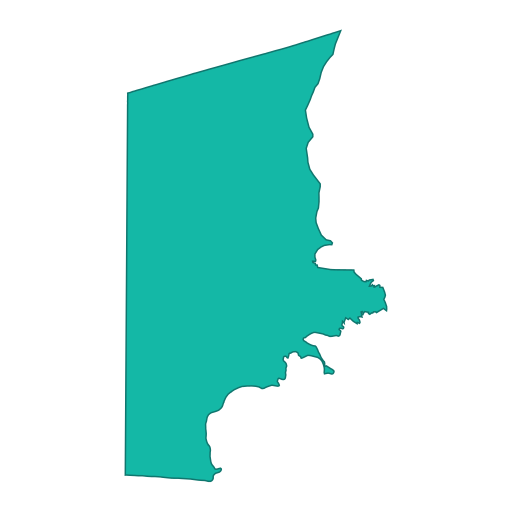 Kungrad, Karakalpakstan, Uzbekistan (Natural Earth projection)
{"feature_id": "79887680B80838990154601", "entity_name": "Kungrad", "entity_type": "district", "adm_level": 2, "iso_a3": "UZB", "parent_name": "Uzbekistan", "parent_adm1": "Karakalpakstan", "projection": "natural_earth1", "projection_center": [57.833, 43.432], "detail": "fine", "context": "isolated", "style": "filled", "palette": "teal", "viewbox_px": 512, "rotation_deg": 0, "n_neighbors": 0, "source": "geoboundaries", "source_scale": "gbopen_adm2", "svg_char_len": 5606}
<svg xmlns="http://www.w3.org/2000/svg" viewBox="0 0 512 512"><path d="M382.8,287.4L379.9,287.3L379.8,285.4L378.9,284.8L376.3,286.1L374.7,287.1L373.9,286.9L374.3,285.6L372.8,285.7L372.4,284.8L371.0,286.1L369.4,286.2L370.5,283.6L371.5,282.0L373.4,280.6L373.0,279.4L370.8,279.8L369.3,280.0L368.3,281.0L366.4,280.4L366.0,281.7L364.0,281.6L361.5,280.3L361.3,278.8L356.0,274.3L354.1,272.1L353.8,270.0L335.6,269.8L330.7,269.6L317.7,267.5L317.1,265.0L315.6,265.0L315.3,263.4L312.9,262.5L312.6,261.2L315.5,261.3L315.8,260.0L314.9,257.2L314.9,254.0L317.7,249.5L321.0,247.0L324.3,245.4L329.4,244.6L331.8,244.7L332.4,242.9L330.5,240.8L326.1,239.8L321.3,235.1L318.3,228.5L316.1,222.6L315.7,218.1L316.9,211.6L318.4,208.0L319.0,201.8L319.0,197.1L318.9,192.9L320.2,186.7L320.2,183.9L313.4,175.0L309.8,169.3L307.9,162.2L307.6,157.9L306.2,148.4L308.2,142.3L312.8,136.8L312.8,134.2L309.0,127.3L306.6,118.0L305.4,110.1L307.6,105.5L310.2,99.6L311.6,95.6L313.2,92.1L314.9,87.4L318.0,83.7L319.7,78.8L321.2,72.4L323.5,66.6L326.6,61.7L329.9,57.5L332.9,54.4L334.1,48.9L335.4,43.9L340.7,30.7L339.8,31.0L334.1,32.8L332.9,33.1L330.3,34.1L329.1,34.4L326.6,35.1L321.0,36.9L316.6,38.3L311.3,40.0L311.1,40.1L307.5,41.3L305.1,41.9L303.8,42.4L301.7,43.0L295.3,45.1L293.4,45.6L290.0,46.7L281.4,49.2L279.1,49.8L275.6,50.7L270.1,52.3L267.2,53.1L265.4,53.7L263.9,54.0L257.4,55.8L255.1,56.4L253.1,57.0L249.7,57.9L241.3,60.2L238.4,61.0L232.2,62.8L219.0,66.5L216.5,67.2L208.5,69.4L206.2,70.1L203.0,71.0L195.6,73.1L193.8,73.5L190.1,74.7L184.1,76.5L178.3,78.1L174.9,79.1L169.5,80.7L166.6,81.5L165.8,81.8L158.1,84.1L156.1,84.7L153.8,85.3L153.7,85.3L152.3,85.8L145.8,87.7L142.1,88.9L140.7,89.3L137.0,90.3L134.6,91.1L134.3,91.2L132.9,91.5L130.5,92.4L130.4,92.5L128.1,93.0L127.7,93.1L127.7,93.3L127.8,94.5L127.8,94.9L127.7,96.4L127.7,96.9L127.7,98.1L127.7,99.8L127.7,100.0L127.6,101.5L127.6,101.8L127.7,102.4L127.7,103.2L127.7,103.6L127.6,104.8L127.6,106.2L127.6,107.5L125.3,475.1L126.0,475.0L129.1,475.2L135.4,475.5L136.4,475.6L136.5,475.6L138.1,475.7L142.2,475.7L147.7,476.3L151.4,476.5L154.8,476.5L160.8,476.9L161.1,477.0L163.6,477.3L167.3,477.7L171.6,478.1L175.0,478.2L175.6,478.2L178.4,478.2L180.8,478.4L185.7,478.7L190.5,479.0L192.6,479.3L197.9,480.0L201.4,480.3L203.6,480.4L205.0,480.5L208.3,481.3L210.6,481.3L211.6,480.8L212.5,479.9L213.1,478.7L213.2,477.1L213.2,476.2L213.5,475.4L214.0,474.7L215.5,473.3L219.1,472.2L220.0,471.6L220.7,470.9L221.3,469.7L221.2,468.8L220.5,468.2L218.4,468.7L217.0,469.2L215.3,469.1L214.9,468.8L213.8,466.9L212.0,464.7L211.3,463.4L210.8,461.7L210.0,456.4L210.1,453.8L210.1,452.5L210.4,450.4L210.3,449.1L209.9,447.1L208.9,445.4L208.3,445.1L208.3,444.7L207.6,443.8L206.9,442.2L206.3,440.1L205.9,438.2L206.1,435.9L206.2,433.6L205.9,430.2L205.7,429.0L205.7,427.3L205.6,424.4L205.8,423.0L206.4,421.3L207.0,417.9L207.3,416.9L208.4,414.9L208.6,414.6L209.0,414.3L210.2,413.3L211.5,412.6L215.3,411.5L217.8,410.6L219.1,409.9L221.1,408.1L222.2,406.6L222.5,405.8L222.7,405.3L223.2,403.6L223.7,402.3L223.8,402.3L224.1,401.1L225.3,398.4L225.4,398.2L226.1,396.9L228.1,394.2L230.3,392.4L230.7,392.2L231.3,391.7L231.5,391.7L231.7,391.4L234.2,389.7L238.7,387.6L242.2,386.4L243.0,386.4L245.9,386.1L247.1,386.0L247.5,386.0L248.6,386.0L251.5,385.9L255.6,386.2L258.9,386.9L261.8,388.5L262.9,388.5L264.2,388.2L265.6,387.4L267.3,386.7L268.7,386.2L270.8,385.5L271.9,385.2L277.4,386.1L278.1,386.1L279.0,385.8L279.3,385.2L278.5,383.3L277.5,381.9L277.3,381.3L277.9,379.3L278.4,378.4L278.6,378.3L279.2,378.3L282.1,379.4L283.6,379.5L284.5,379.2L285.1,378.5L285.4,377.5L285.8,374.9L285.6,373.8L285.5,372.3L286.0,370.4L285.9,368.0L286.6,366.3L286.6,365.4L286.1,363.6L285.3,362.4L283.7,361.0L283.1,359.7L283.6,357.1L284.0,356.5L285.2,356.2L286.0,356.3L287.3,357.8L287.9,358.0L288.4,356.7L289.1,353.7L289.6,353.2L290.5,353.2L290.9,352.9L291.3,352.8L292.3,352.1L293.1,351.8L294.8,351.7L295.4,351.6L296.5,351.9L298.1,353.1L298.5,355.1L299.1,355.7L300.2,356.3L300.7,356.8L301.0,358.0L301.4,358.2L302.1,358.0L303.7,357.3L307.6,355.4L309.0,355.4L311.1,355.7L317.7,357.4L319.0,358.2L319.9,358.8L321.5,360.5L322.1,361.4L322.7,362.7L323.3,364.2L323.7,365.5L324.2,367.5L324.4,369.3L324.2,372.6L324.5,373.8L325.3,373.6L327.9,373.1L328.9,373.2L331.6,374.0L332.4,373.9L333.1,373.5L333.4,373.1L334.0,371.8L333.7,370.6L332.0,369.3L330.8,368.7L328.3,367.1L326.4,365.9L325.4,366.2L324.6,365.5L324.7,363.5L324.4,361.9L323.3,360.8L321.0,357.4L319.6,354.0L318.5,352.2L317.9,350.6L317.7,350.0L316.2,347.0L315.4,346.1L315.1,346.0L313.0,345.7L311.3,345.1L309.7,344.4L307.0,342.9L306.0,342.0L305.1,341.5L303.7,340.6L303.1,339.4L303.5,338.2L304.2,337.7L305.3,337.6L307.1,336.0L309.5,334.4L311.3,333.4L313.8,332.4L315.4,332.4L317.6,332.8L320.6,333.4L323.3,334.0L325.4,335.0L327.6,335.4L328.8,336.0L329.9,336.4L331.8,336.3L335.0,335.7L336.5,335.5L338.2,336.1L338.6,336.1L339.5,335.6L340.0,334.8L340.8,331.2L340.3,330.5L339.1,329.6L339.1,329.3L339.5,328.5L340.0,328.2L341.1,328.2L342.1,328.7L342.8,328.8L343.4,328.4L343.7,327.5L343.7,327.1L343.1,326.4L342.3,326.0L342.1,325.6L341.9,324.7L342.4,322.7L342.5,321.3L343.3,322.1L344.1,323.0L344.0,322.3L344.8,320.2L345.7,317.8L348.3,319.5L349.9,318.1L353.3,321.3L357.1,323.7L357.3,322.4L359.5,323.3L360.0,322.3L359.4,320.0L358.2,318.4L358.0,317.2L359.9,316.6L362.0,317.0L361.4,315.2L362.7,314.7L361.4,313.3L361.1,311.9L362.2,311.5L363.5,313.3L364.6,311.6L368.5,312.3L368.5,313.5L369.8,314.3L371.7,312.9L372.7,313.0L373.5,311.9L375.7,311.8L376.5,312.6L383.4,308.4L386.5,310.7L386.7,309.2L386.6,306.5L385.3,302.6L383.8,299.4L384.9,297.1L385.4,295.2L384.6,292.1L382.8,287.4Z" fill="#14b8a6" stroke="#0f766e" stroke-width="1.5"/></svg>